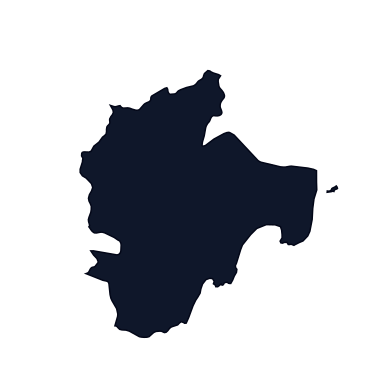 map outline of Piura (Mercator projection), rotated 243°
{"feature_id": "PER-567", "entity_name": "Piura", "entity_type": "Department", "adm_level": 1, "iso_a3": "PER", "parent_name": "Peru", "parent_adm1": "", "projection": "mercator", "projection_center": [-80.245, -5.271], "detail": "fine", "context": "isolated", "style": "filled", "palette": "ink", "viewbox_px": 384, "rotation_deg": 243, "n_neighbors": 0, "source": "natural_earth", "source_scale": "10m", "svg_char_len": 3957}
<svg xmlns="http://www.w3.org/2000/svg" viewBox="0 0 384 384"><g transform="rotate(243 192 192)"><path d="M167.4,60.5L167.2,62.5L167.7,63.9L169.5,66.4L170.1,67.8L170.2,68.8L169.7,70.8L169.7,71.9L172.0,76.7L175.8,77.1L180.5,75.7L185.5,75.1L184.3,77.5L170.0,96.6L169.6,98.4L170.5,100.7L172.0,102.0L176.9,104.8L178.7,105.4L180.6,105.4L181.4,105.3L182.5,104.4L186.9,102.0L195.3,95.6L197.0,93.7L197.8,92.0L198.9,88.2L199.8,86.6L200.7,85.9L201.9,85.4L203.0,85.0L207.5,84.4L207.8,84.3L208.5,85.5L210.3,86.0L212.5,86.4L214.4,87.1L216.3,88.8L219.8,92.6L222.0,94.2L225.0,95.8L227.8,96.1L230.6,96.1L233.4,96.9L236.2,99.4L238.4,102.8L241.1,105.6L245.2,106.2L252.5,104.0L256.2,101.7L260.1,101.2L263.1,102.7L268.6,108.1L269.4,108.5L271.0,109.7L271.7,110.1L274.3,110.0L276.5,111.3L277.1,112.3L276.8,113.9L274.3,118.4L274.2,120.7L277.4,125.4L278.7,131.8L281.5,137.2L281.5,137.3L281.9,139.4L282.6,141.7L284.5,143.2L286.7,144.3L288.6,145.7L289.2,146.7L289.9,148.9L290.5,149.8L291.4,150.5L293.6,151.3L294.5,151.9L296.0,154.0L297.1,156.3L298.6,158.1L301.1,158.8L306.2,158.6L303.4,161.4L302.6,162.8L302.1,165.4L301.6,167.1L300.6,167.3L299.3,167.7L298.0,168.7L296.1,173.0L294.9,174.6L293.1,176.2L290.2,179.3L289.4,181.1L289.3,182.6L291.8,188.9L292.1,190.3L292.1,192.1L291.9,194.8L292.3,196.3L293.1,197.3L294.1,197.8L295.1,198.5L295.8,199.7L296.7,214.7L296.3,216.9L294.7,217.0L293.6,216.6L292.5,216.2L290.6,216.1L289.5,216.4L289.0,216.8L287.5,220.4L287.2,221.3L287.1,221.7L287.1,222.3L287.4,223.5L288.1,225.0L288.2,225.6L288.3,226.3L288.3,228.4L287.6,234.5L285.9,241.6L286.1,243.5L286.4,244.7L287.8,247.8L288.0,249.0L288.1,251.6L288.5,252.9L288.9,253.8L289.1,254.1L290.5,255.3L291.9,256.9L293.0,261.2L291.7,262.9L290.7,263.3L289.6,264.1L288.3,265.1L284.5,269.0L282.6,270.2L280.6,266.7L279.7,266.1L278.4,265.4L274.1,264.0L272.7,263.9L271.4,264.1L269.1,264.7L266.7,265.1L265.6,265.1L263.4,264.8L262.3,264.2L261.4,263.3L260.0,260.3L259.3,259.2L258.5,258.0L256.9,256.7L255.5,255.9L254.1,255.5L251.1,255.2L249.4,254.8L248.5,254.1L247.9,253.1L247.8,252.1L247.7,251.4L247.9,250.7L248.1,249.7L249.1,247.7L249.7,246.8L250.3,245.9L250.4,244.8L250.1,243.6L249.3,242.3L247.7,240.5L247.1,239.7L246.5,238.5L246.0,237.1L244.4,234.7L243.1,233.4L236.5,228.4L231.8,224.0L229.0,222.1L228.5,222.0L227.9,222.5L227.3,224.9L229.2,235.6L229.5,247.0L229.1,250.1L228.4,252.0L227.5,252.8L223.6,255.4L190.0,265.1L188.6,265.9L187.3,266.9L174.2,282.3L172.5,285.1L171.8,286.6L170.5,290.9L169.9,292.3L160.7,306.1L157.0,310.6L154.5,312.6L144.0,307.3L137.2,304.1L130.4,297.5L122.5,292.1L113.0,286.6L103.5,279.2L100.3,275.2L98.0,268.7L98.3,264.4L98.3,259.6L98.2,258.6L100.4,256.7L101.1,254.6L101.6,253.9L104.0,253.8L105.2,251.3L105.3,249.5L106.3,248.1L108.2,248.2L110.3,251.5L113.4,253.0L117.5,254.6L121.0,255.1L125.0,251.2L129.2,243.4L130.1,233.2L127.4,224.9L121.9,212.9L118.6,209.2L108.5,199.4L106.6,197.1L104.2,196.5L102.8,196.9L100.2,195.1L97.9,191.5L95.1,188.3L92.9,185.0L93.5,183.9L94.2,183.0L95.6,182.5L96.4,180.2L96.1,179.0L95.2,177.9L95.3,176.5L96.8,176.1L96.3,174.2L95.9,171.9L96.8,170.2L98.5,170.5L100.5,169.4L102.2,171.2L105.5,171.0L107.1,168.6L107.6,164.7L105.2,159.6L101.6,155.9L98.2,153.3L95.7,149.4L93.9,146.2L90.2,141.3L81.5,131.9L77.8,127.3L78.4,125.8L79.7,125.1L81.3,123.5L81.0,121.4L80.1,118.9L81.0,113.3L81.1,111.6L80.5,109.7L79.4,107.4L78.8,105.3L79.2,103.7L80.3,102.7L81.1,102.2L81.8,101.5L82.6,100.3L84.1,96.6L84.2,94.1L82.6,88.0L83.1,85.9L84.3,83.3L85.8,80.9L87.0,79.4L96.5,73.0L98.9,70.5L101.0,66.9L102.5,65.2L104.5,64.5L106.5,64.0L107.7,62.8L107.8,62.6L115.0,69.3L117.0,70.5L122.3,71.9L131.0,71.4L134.1,71.5L137.7,72.4L148.1,76.4L149.5,76.5L150.0,76.4L150.8,76.0L151.6,75.2L153.8,72.5L167.3,60.6L167.4,60.5ZM131.5,313.0L130.9,313.8L130.2,315.7L130.7,317.2L131.6,318.2L131.7,319.5L131.6,321.3L131.9,323.3L130.7,323.5L129.2,323.3L128.9,322.3L129.3,321.2L128.9,319.5L128.0,318.7L128.8,317.8L129.1,316.1L130.4,312.3L131.5,313.0Z" fill="#0f172a" stroke="#020617" stroke-width="1.5"/></g></svg>